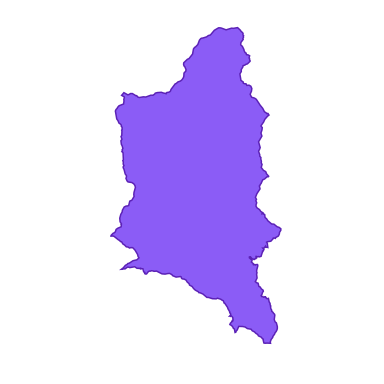 Nistoresti, Vrancea, Romania (orthographic projection), rotated 83°
{"feature_id": "2599482B47206527593965", "entity_name": "Nistoresti", "entity_type": "district", "adm_level": 2, "iso_a3": "ROU", "parent_name": "Romania", "parent_adm1": "Vrancea", "projection": "orthographic", "projection_center": [26.576, 45.784], "detail": "fine", "context": "isolated", "style": "filled", "palette": "violet", "viewbox_px": 384, "rotation_deg": 83, "n_neighbors": 0, "source": "geoboundaries", "source_scale": "gbopen_adm2", "svg_char_len": 6054}
<svg xmlns="http://www.w3.org/2000/svg" viewBox="0 0 384 384"><g transform="rotate(83 192 192)"><path d="M260.1,271.5L260.2,270.1L259.8,269.7L260.2,267.9L258.7,265.2L259.0,263.7L259.5,263.0L259.2,258.0L261.1,255.8L261.1,254.7L261.6,253.7L261.3,252.9L261.4,252.2L262.2,252.1L262.0,251.5L262.2,250.1L265.4,249.7L266.1,248.6L267.0,248.9L267.7,248.4L267.8,247.1L265.8,245.1L265.3,243.9L265.5,242.9L265.2,241.8L265.6,240.3L266.1,239.4L266.2,236.8L269.6,231.8L270.2,228.7L270.0,225.9L270.1,224.1L271.5,222.1L272.7,221.4L274.5,218.2L274.5,213.7L275.0,213.1L276.3,212.9L277.0,212.3L277.6,210.2L278.8,208.6L280.7,207.8L282.6,206.1L284.1,205.8L285.8,203.4L288.0,202.2L289.8,200.7L291.8,197.9L292.8,197.4L293.0,196.3L294.6,193.6L298.4,190.1L298.7,188.4L300.4,184.7L301.0,181.0L300.5,179.7L302.0,176.4L302.8,175.7L303.7,174.2L306.2,173.6L306.3,173.1L310.8,170.8L312.4,170.5L315.4,169.2L316.5,169.3L317.2,168.6L318.6,168.5L319.7,169.7L319.7,169.3L320.1,169.1L319.6,168.2L321.4,166.9L323.5,166.8L324.8,167.1L325.2,167.5L324.7,167.8L326.3,169.0L326.9,169.9L328.2,170.6L329.3,169.0L331.3,167.8L332.3,167.6L333.2,166.6L336.7,166.4L336.5,165.6L335.8,165.4L334.4,163.9L331.1,162.0L331.7,158.0L332.5,155.7L334.3,153.7L335.4,150.1L337.1,149.1L338.5,147.0L340.0,145.9L341.4,144.2L342.9,143.6L344.5,141.0L346.3,139.9L346.8,139.2L347.7,139.4L350.6,139.1L351.0,138.0L351.1,135.9L351.7,132.5L350.4,132.6L348.0,131.4L346.2,129.6L345.3,129.4L343.2,127.4L341.7,126.6L340.9,125.6L339.1,124.4L337.7,123.9L336.0,123.7L332.2,124.2L330.9,125.4L328.6,125.9L324.3,124.8L323.3,125.0L322.1,126.0L321.4,126.2L320.1,127.4L319.0,127.3L317.3,128.0L315.1,128.0L314.8,127.7L313.5,128.2L312.0,128.1L310.5,128.8L306.9,129.1L307.1,130.3L306.8,130.9L305.8,131.4L305.7,131.8L304.9,131.9L304.8,132.6L305.2,133.5L305.0,134.1L304.3,134.4L304.2,135.7L303.2,136.0L302.1,135.0L300.3,134.3L299.3,133.3L298.1,133.4L296.6,135.0L294.6,135.9L293.9,137.1L290.6,137.5L289.7,139.3L288.7,139.7L288.6,140.0L285.3,137.9L281.3,137.9L280.1,137.3L279.2,137.6L277.4,137.3L273.7,135.8L272.5,135.6L271.9,136.0L271.9,137.4L272.2,138.1L271.6,138.6L271.5,139.1L271.8,139.5L271.5,140.0L270.6,139.9L268.7,141.6L267.6,140.8L266.5,140.7L266.3,141.4L264.3,143.1L263.4,142.9L263.4,141.9L265.5,140.6L266.1,139.2L266.6,138.7L266.5,138.0L265.9,137.5L265.8,136.5L265.0,136.4L265.0,136.0L264.1,136.4L263.7,136.2L264.2,134.9L264.2,133.7L264.6,133.3L264.3,131.3L259.9,129.3L259.8,129.0L259.3,129.2L258.8,128.3L257.9,127.6L256.3,128.6L256.4,127.2L254.8,125.7L255.9,125.5L256.0,124.7L255.9,124.4L256.3,123.5L252.2,123.5L250.9,124.1L250.5,123.1L250.5,119.8L248.2,117.1L247.8,117.1L247.6,116.2L248.2,114.9L247.4,114.5L246.2,111.6L244.3,110.4L242.8,110.1L240.8,108.5L239.3,108.3L237.7,109.9L236.9,111.7L233.9,114.6L233.4,116.9L229.7,120.3L227.7,121.2L226.2,122.6L223.3,122.6L222.4,124.1L222.1,124.0L222.2,123.6L221.7,123.8L222.0,125.1L220.9,124.6L219.7,126.1L217.7,127.1L215.8,129.3L214.0,130.2L212.2,129.9L210.6,129.1L208.4,129.7L207.2,128.9L205.1,129.7L201.6,127.8L197.2,124.1L194.2,124.4L193.7,123.7L192.9,123.4L192.0,122.4L188.6,120.4L187.9,118.3L186.0,115.6L186.2,114.5L185.7,114.0L182.7,116.0L181.3,116.1L180.3,116.9L179.3,118.4L176.1,120.3L173.2,119.1L171.5,119.7L170.0,119.4L167.6,119.7L166.2,119.4L164.7,120.4L163.3,120.2L160.0,120.9L159.3,120.8L158.2,119.9L156.2,118.9L150.3,119.8L145.0,115.8L141.9,116.4L139.0,115.0L136.6,114.4L135.2,115.4L134.5,115.3L131.3,112.4L128.8,110.9L126.0,107.8L125.0,106.2L124.0,106.9L123.4,106.9L123.2,107.2L123.3,108.2L122.3,108.9L121.2,110.3L117.6,111.6L114.1,113.8L107.8,116.9L106.4,118.5L105.2,121.3L102.1,122.4L99.2,120.7L96.6,120.0L94.2,120.7L92.9,122.4L92.9,124.5L91.2,125.2L90.9,126.7L90.3,127.8L89.0,127.8L87.2,129.8L80.6,130.1L78.5,128.4L76.5,128.2L74.1,126.3L72.8,125.9L72.5,124.1L71.9,123.1L71.6,121.4L69.4,118.5L69.0,118.3L68.1,118.7L66.6,118.6L65.9,119.0L63.8,118.2L62.7,119.7L62.3,121.2L60.7,121.4L60.1,122.3L57.9,123.1L56.9,123.1L53.5,124.3L52.2,125.5L51.5,125.7L49.5,125.2L46.8,122.6L45.8,122.8L44.9,122.1L44.1,122.2L43.2,121.7L42.2,122.3L40.8,122.0L39.8,122.5L38.6,123.7L37.4,124.2L34.4,126.7L34.6,130.9L34.2,132.8L35.2,138.4L32.9,142.8L32.4,144.4L32.3,145.7L34.2,150.1L38.4,154.6L38.7,156.7L39.8,158.6L40.5,162.5L40.5,163.7L40.8,164.6L42.2,166.1L46.4,168.3L48.4,170.8L48.8,171.8L50.2,173.1L55.1,174.6L59.2,178.7L59.7,180.4L62.7,184.4L64.1,184.8L65.8,184.6L67.0,183.8L69.9,183.0L71.6,183.6L72.4,185.0L73.2,185.5L76.1,186.0L77.4,186.6L79.2,188.1L79.9,189.0L80.5,190.1L81.0,192.5L82.4,194.5L82.6,195.5L87.6,200.3L89.2,201.1L89.7,201.7L90.1,202.7L90.2,204.9L91.3,205.8L90.7,206.6L90.6,207.6L89.3,210.3L89.1,214.2L89.4,216.4L90.3,217.2L91.2,218.9L90.9,221.1L92.1,226.3L91.6,228.7L91.8,232.7L91.3,234.0L89.6,235.2L89.7,235.8L87.0,239.2L86.8,241.1L87.6,242.8L87.7,243.9L85.1,247.5L87.5,250.1L89.3,247.7L89.9,247.6L91.8,248.4L93.3,248.4L96.3,249.2L97.5,253.9L99.0,255.6L99.9,256.1L100.8,257.3L102.3,258.2L110.3,257.8L112.1,256.8L114.7,256.1L116.1,254.5L117.2,254.0L118.1,254.2L119.3,253.5L121.4,253.7L122.0,254.3L122.8,254.1L127.2,254.8L128.3,255.7L131.1,255.1L132.5,256.3L136.1,256.3L137.7,255.7L140.4,255.3L141.8,256.3L142.7,256.0L143.4,256.7L144.3,255.8L145.1,255.7L151.7,256.2L152.5,256.9L153.7,256.5L155.9,256.9L157.5,256.3L158.7,257.3L159.6,257.3L161.3,256.7L166.0,256.1L167.7,255.1L169.0,255.2L170.4,255.9L173.1,255.1L174.2,254.3L175.3,250.5L176.8,248.8L178.5,247.9L180.5,247.6L185.3,249.6L187.6,250.1L189.3,250.0L192.6,252.5L193.1,253.3L193.1,253.9L193.5,254.9L197.7,256.5L198.0,257.8L197.9,259.1L198.6,261.1L201.6,263.3L203.4,263.8L205.5,265.4L209.2,266.9L212.8,267.0L215.1,265.9L215.5,266.4L216.4,266.2L217.9,266.6L218.9,270.1L219.9,271.9L221.5,272.6L222.8,273.6L223.4,275.4L225.2,277.6L225.9,277.8L226.1,275.6L226.7,274.6L230.6,270.8L231.1,270.0L232.5,269.0L232.9,267.9L235.1,267.0L236.4,265.4L238.4,263.9L238.8,262.3L240.0,260.8L239.7,259.2L240.0,258.5L239.9,258.1L240.2,257.5L242.8,255.6L247.4,253.6L249.4,253.4L250.9,252.7L252.6,255.0L253.0,258.9L255.0,263.0L255.2,264.5L256.1,265.4L256.6,267.0L258.8,269.3L260.1,271.5Z" fill="#8b5cf6" stroke="#5b21b6" stroke-width="1.5"/></g></svg>